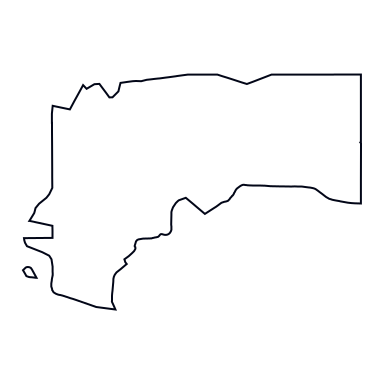 the district of Kitaf wa Al Boqa', Sa`dah, Yemen
{"feature_id": "15242507B97020865976232", "entity_name": "Kitaf wa Al Boqa'", "entity_type": "district", "adm_level": 2, "iso_a3": "YEM", "parent_name": "Yemen", "parent_adm1": "Sa`dah", "projection": "robinson", "projection_center": [44.286, 17.087], "detail": "fine", "context": "isolated", "style": "outline", "palette": "ink", "viewbox_px": 384, "rotation_deg": 0, "n_neighbors": 0, "source": "geoboundaries", "source_scale": "gbopen_adm2", "svg_char_len": 4213}
<svg xmlns="http://www.w3.org/2000/svg" viewBox="0 0 384 384"><path d="M360.9,74.5L355.1,74.5L352.7,74.5L351.8,74.5L341.1,74.5L339.9,74.5L337.2,74.5L332.0,74.6L324.7,74.6L317.1,74.6L309.5,74.6L301.9,74.6L294.3,74.6L290.8,74.6L286.7,74.6L279.1,74.6L271.5,74.6L265.3,77.0L260.1,79.0L253.1,81.7L246.9,84.0L242.0,82.5L237.1,80.9L232.2,79.3L227.2,77.7L222.3,76.2L217.4,74.6L210.0,74.6L203.5,74.6L197.1,74.6L196.4,74.6L195.2,74.6L187.8,74.6L182.5,75.3L176.6,76.1L176.3,76.2L171.1,76.9L168.9,77.2L165.6,77.6L159.8,78.4L157.4,78.6L154.6,78.9L150.5,79.4L146.7,79.8L141.2,81.2L135.9,81.0L132.7,81.2L127.4,81.9L124.7,82.3L120.5,82.9L119.4,87.2L118.4,91.4L115.1,94.7L112.5,97.3L109.4,97.4L106.2,93.0L101.1,86.2L99.4,83.9L94.4,84.2L90.7,86.4L86.6,88.8L83.1,85.1L81.0,89.0L77.5,95.4L74.5,100.8L69.9,109.4L61.2,107.6L57.4,106.8L56.8,106.7L52.7,105.8L52.3,109.6L51.9,113.7L51.9,122.9L52.0,122.9L52.0,124.6L52.0,125.9L52.0,128.4L52.0,131.6L52.1,146.3L52.2,169.0L52.2,176.8L52.3,187.9L49.2,194.3L46.4,197.8L39.1,203.7L35.5,208.1L34.7,211.4L34.2,213.1L29.4,220.9L29.6,220.9L52.4,225.8L52.5,230.9L52.5,231.0L52.5,237.9L51.5,237.9L27.8,238.1L24.0,238.1L24.3,240.3L25.0,242.7L27.0,246.2L42.3,252.2L49.2,255.7L51.5,259.3L52.6,266.6L52.6,272.1L52.7,273.0L52.7,275.2L52.6,275.3L52.5,276.2L52.2,277.5L52.0,278.6L51.9,279.3L51.8,279.7L51.8,280.5L51.6,281.6L51.4,282.9L51.3,283.6L51.3,285.1L51.3,285.9L51.3,286.6L51.7,287.7L52.1,289.1L52.2,290.1L52.9,291.1L53.2,291.7L53.6,292.3L54.2,292.7L55.3,293.4L55.8,293.7L56.5,294.0L58.1,294.6L59.3,294.9L60.3,295.0L61.0,295.2L62.2,295.5L62.3,295.5L62.9,295.7L63.8,296.0L64.6,296.2L65.3,296.5L66.3,296.8L67.6,297.2L68.4,297.5L69.3,297.8L70.4,298.2L70.8,298.3L72.9,298.9L74.1,299.3L75.6,299.8L96.2,307.0L115.4,309.5L114.2,306.7L111.9,301.7L112.0,300.4L112.0,299.8L112.0,299.1L112.0,297.9L112.0,296.7L112.0,295.7L112.2,293.2L112.5,290.7L113.3,281.7L113.4,278.9L113.9,276.7L114.8,274.7L116.5,272.4L120.8,269.0L126.7,264.0L125.9,263.0L125.3,262.2L124.7,260.2L124.4,259.3L128.8,256.1L132.2,253.0L134.1,251.1L135.3,249.0L135.4,248.7L135.4,248.4L135.4,247.8L135.3,247.3L135.3,247.1L135.1,246.9L134.8,246.6L134.7,246.2L134.7,245.8L134.8,245.5L135.6,242.8L136.0,241.4L137.2,240.0L138.5,239.4L139.7,239.2L142.5,238.7L143.3,238.6L148.0,238.5L151.1,238.4L151.4,238.4L151.8,238.3L152.6,238.0L153.3,237.9L154.1,237.7L154.8,237.5L155.5,237.4L156.2,237.3L157.0,237.1L157.8,236.9L158.3,236.7L159.2,235.8L159.8,235.0L160.4,234.4L161.0,234.1L161.8,234.1L162.9,234.4L164.3,234.8L165.8,234.9L166.5,234.8L167.4,234.6L168.1,234.3L168.8,233.9L169.4,233.4L169.9,232.9L170.4,232.1L170.8,231.5L171.1,230.7L171.4,229.8L171.4,228.9L171.4,228.1L171.4,227.3L171.4,226.4L171.3,225.6L171.2,224.8L171.2,224.0L171.2,223.8L171.4,214.9L171.4,213.5L171.4,212.5L171.5,211.6L171.9,210.2L173.0,207.3L175.8,203.1L177.7,201.2L178.8,200.3L185.8,197.8L193.1,203.9L196.5,206.8L204.9,213.9L214.7,207.6L215.7,207.0L217.4,205.8L219.8,204.0L221.0,203.1L221.5,202.8L222.2,202.5L222.9,202.3L224.0,201.9L224.8,201.7L225.5,201.6L226.3,201.4L227.2,201.1L227.8,200.9L228.2,200.6L228.8,199.9L229.4,199.4L230.1,198.3L230.4,197.9L231.0,197.3L231.7,196.5L232.2,195.8L232.6,195.6L233.0,195.1L233.5,194.4L233.9,193.6L234.2,192.8L234.6,192.3L235.6,190.3L236.0,189.7L236.7,188.8L237.5,188.1L238.6,187.3L239.9,186.3L241.4,185.4L242.4,185.0L243.1,184.8L243.6,184.8L244.1,184.8L245.1,185.0L246.4,185.1L247.7,185.3L249.6,185.4L252.3,185.5L254.1,185.5L254.6,185.5L255.0,185.5L257.0,185.5L257.9,185.5L262.3,185.6L263.8,185.7L264.9,185.7L270.5,186.2L280.6,186.4L282.2,186.4L289.5,186.5L292.1,186.5L294.6,186.4L297.2,186.5L300.9,186.5L302.3,186.6L305.2,187.0L308.3,187.4L310.3,187.6L312.3,188.0L313.6,188.3L314.5,188.6L315.6,189.1L316.3,189.6L318.0,190.8L319.8,192.2L322.0,193.8L324.8,196.0L326.1,197.0L328.2,198.2L329.2,198.8L329.9,199.0L331.0,199.3L332.1,199.7L332.5,199.8L334.4,200.2L336.5,200.6L339.5,201.1L340.1,201.3L347.9,202.7L351.6,203.1L354.7,203.3L360.9,203.5L360.9,179.7L361.0,143.4L360.4,142.5L360.9,142.3L360.9,92.7L360.9,74.5ZM25.7,267.6L23.0,270.2L24.9,273.4L26.4,276.1L28.9,277.0L30.2,277.2L31.9,277.3L36.0,277.8L36.5,277.8L31.9,269.4L30.8,267.9L29.6,267.3L28.7,267.1L27.8,267.0L26.5,267.2L25.7,267.6Z" fill="none" stroke="#020617" stroke-width="2"/></svg>